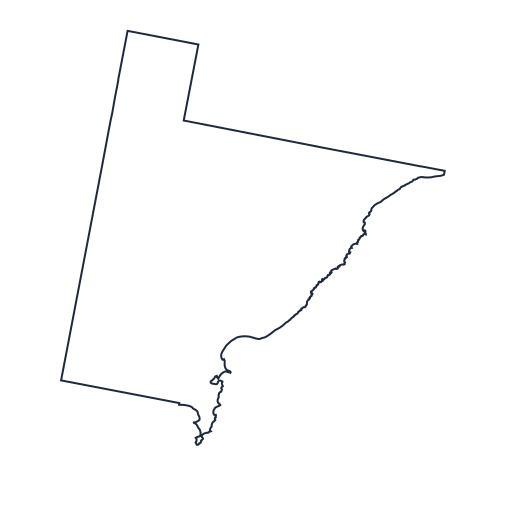 outline of Tumby Bay, South Australia, Australia, rotated 11°
{"feature_id": "25037944B80191544000233", "entity_name": "Tumby Bay", "entity_type": "district", "adm_level": 2, "iso_a3": "AUS", "parent_name": "Australia", "parent_adm1": "South Australia", "projection": "albers", "projection_center": [136.189, -34.197], "detail": "fine", "context": "isolated", "style": "outline", "palette": "slate", "viewbox_px": 512, "rotation_deg": 11, "n_neighbors": 0, "source": "geoboundaries", "source_scale": "gbopen_adm2", "svg_char_len": 6142}
<svg xmlns="http://www.w3.org/2000/svg" viewBox="0 0 512 512"><g transform="rotate(11 256 256)"><path d="M159.1,59.4L87.0,59.5L87.1,109.0L87.3,110.2L87.3,126.5L87.6,143.7L87.4,150.5L87.7,196.1L88.4,415.3L208.8,415.0L208.8,416.7L214.0,415.9L216.2,415.9L218.8,415.9L221.2,416.3L222.3,416.8L223.3,417.7L226.4,418.7L228.3,420.0L229.5,422.7L230.9,424.4L231.6,426.1L231.8,427.2L231.7,427.7L231.4,428.2L230.0,429.6L229.4,429.8L228.2,431.0L226.8,431.1L226.7,431.3L227.1,431.8L228.5,432.1L229.6,432.6L230.8,433.8L231.5,435.0L234.0,437.3L235.2,439.6L235.6,441.6L235.5,442.8L235.3,443.5L234.8,444.0L233.8,444.2L233.1,444.9L232.3,445.1L232.0,445.7L231.5,446.1L232.6,447.1L232.8,447.7L232.8,449.1L232.5,449.7L232.3,450.6L232.6,450.9L233.4,452.1L233.7,452.2L234.0,452.6L234.5,452.5L235.6,452.0L235.6,451.7L235.9,451.3L236.2,450.5L237.2,450.0L237.4,449.1L237.3,448.5L237.6,448.0L237.4,447.5L238.6,446.2L238.8,445.6L238.4,444.8L237.9,444.3L237.4,444.1L237.2,443.7L237.2,442.4L237.5,441.7L239.0,440.1L241.4,438.9L242.5,438.8L242.7,438.3L243.1,438.1L243.4,437.6L245.1,436.7L244.2,436.0L243.9,435.4L244.0,434.7L244.3,433.2L245.0,432.0L244.7,430.2L244.9,428.8L245.2,427.6L245.8,426.6L246.5,426.2L247.2,425.0L247.3,424.5L246.7,424.0L246.6,423.0L246.7,422.3L247.3,422.0L247.4,421.7L247.0,421.3L246.8,420.8L247.1,419.9L246.9,419.6L245.4,419.9L244.9,419.6L244.3,418.8L243.8,417.0L243.9,415.5L244.8,412.8L246.9,411.0L247.9,410.5L249.4,409.3L249.2,408.9L248.5,408.5L248.2,407.9L247.5,407.9L246.7,407.2L246.0,405.8L245.8,404.5L246.0,402.8L246.3,402.3L246.3,401.6L245.8,399.9L246.0,398.8L245.9,397.8L246.6,396.6L247.8,395.7L247.8,394.9L247.7,394.2L248.0,393.3L247.1,392.3L247.4,391.2L248.3,390.2L246.9,387.9L246.8,387.0L247.1,386.0L247.0,385.6L245.5,385.2L244.5,385.1L243.7,385.3L242.9,386.3L242.6,387.0L242.7,387.8L242.5,388.4L242.1,388.9L241.9,389.3L241.3,389.5L237.0,389.6L235.9,389.1L235.6,388.8L235.4,387.8L236.2,386.8L236.9,386.4L237.1,385.7L238.3,384.2L238.7,383.1L238.8,382.4L239.2,381.8L239.7,381.7L240.8,382.4L240.8,382.2L240.3,381.3L240.4,381.2L241.8,383.3L242.3,383.6L243.6,379.9L244.5,378.3L245.8,376.8L246.8,375.8L248.3,375.1L249.4,374.9L249.8,374.9L250.1,375.3L251.0,375.4L252.4,375.2L253.1,375.6L253.3,375.1L253.2,374.8L252.7,374.2L249.2,373.5L247.6,372.2L246.5,370.4L246.1,369.3L245.2,364.7L244.2,363.4L243.3,364.2L242.7,364.0L241.7,362.8L240.9,361.1L240.7,359.6L240.9,357.6L241.6,355.3L244.0,349.4L247.0,345.2L248.3,343.7L252.5,339.9L253.7,339.1L254.9,338.6L257.2,337.7L260.9,336.8L263.1,336.6L265.5,336.4L269.0,336.8L269.3,336.6L271.0,337.0L274.4,337.0L275.9,336.5L276.7,335.9L280.3,334.1L281.8,332.9L284.8,330.0L289.0,325.1L292.5,322.3L295.3,319.5L298.2,315.6L300.0,314.1L300.8,312.8L301.7,312.1L302.0,311.2L302.6,310.6L303.1,309.7L304.7,308.1L304.6,307.5L304.8,307.2L305.7,306.7L305.8,306.1L306.3,305.8L306.7,305.2L307.5,304.8L308.1,303.5L308.2,302.6L308.3,302.4L308.9,302.2L309.6,301.0L310.2,301.0L310.8,300.4L310.9,299.8L310.5,299.3L310.9,298.7L311.8,298.0L312.3,297.2L313.9,296.9L314.4,296.0L314.3,295.2L314.6,295.0L314.9,294.6L314.9,294.2L315.2,293.6L315.0,292.6L314.8,291.1L315.6,289.2L316.2,288.7L316.0,288.3L316.6,287.9L316.7,287.4L317.1,287.1L317.1,286.9L316.6,286.5L316.8,286.2L316.8,285.9L317.2,285.4L317.6,285.2L318.1,284.7L317.8,283.9L318.4,283.4L318.7,282.5L318.5,282.1L318.2,281.9L318.0,282.1L317.3,282.0L316.9,281.5L316.7,280.5L317.2,280.2L317.1,281.2L317.4,281.7L317.3,280.7L317.7,279.4L319.1,277.8L318.9,276.8L319.5,276.0L319.9,276.1L320.3,275.6L320.8,275.3L320.8,274.7L321.2,274.2L321.1,273.0L321.9,272.7L322.1,272.3L322.4,272.1L322.3,271.4L322.7,270.6L322.4,270.1L322.6,269.4L323.4,269.0L323.8,269.1L324.3,269.4L324.7,269.3L325.3,268.3L325.9,268.0L326.2,267.6L325.9,267.2L325.6,267.3L325.3,266.9L325.3,266.4L325.5,266.0L325.9,265.8L326.8,266.2L327.2,266.1L327.6,265.6L327.6,265.1L327.9,264.8L328.0,264.4L328.3,264.1L329.2,263.9L329.9,263.2L330.0,261.6L330.5,261.4L330.5,260.8L331.3,260.7L332.0,260.1L332.0,259.7L331.7,258.7L331.8,258.3L332.3,258.2L332.8,258.7L333.0,258.5L333.0,257.9L333.3,257.7L333.1,257.2L332.6,257.1L332.4,256.7L333.1,255.4L335.7,253.6L336.5,253.4L336.8,253.0L337.4,253.3L337.8,253.2L338.1,252.9L338.6,252.7L338.8,252.3L338.4,251.8L338.3,251.2L338.7,250.4L339.3,250.2L339.7,250.4L340.0,250.4L340.1,250.2L339.8,249.5L340.5,248.8L342.1,247.9L343.0,247.9L343.5,247.5L344.0,247.6L344.4,247.2L344.1,246.9L344.5,246.2L344.7,245.5L344.5,245.3L344.3,245.4L344.1,245.0L343.6,244.7L343.7,243.7L343.5,243.4L343.8,242.2L343.5,241.7L343.8,241.1L344.7,240.7L344.8,240.0L345.4,239.8L345.3,239.4L344.9,239.6L344.6,239.4L344.6,238.8L344.9,238.0L344.8,237.2L346.4,235.9L347.4,235.8L347.7,234.6L347.1,234.7L346.7,234.5L346.4,234.0L346.4,233.5L346.7,232.8L346.4,231.9L346.7,231.2L347.8,229.9L348.5,229.7L348.1,229.1L347.7,228.9L347.7,228.2L349.2,226.2L350.0,225.6L351.6,224.8L352.4,224.9L353.1,224.8L353.0,224.5L352.6,224.1L352.6,223.7L353.0,222.8L353.4,222.7L353.2,221.8L353.4,221.3L353.2,220.9L354.2,220.1L354.1,218.9L354.6,218.6L354.7,218.2L354.6,217.8L355.4,216.9L355.4,216.4L355.8,216.1L356.4,216.2L356.8,216.0L357.2,215.2L357.2,214.4L357.7,214.2L358.3,213.6L359.6,213.9L359.4,212.8L358.5,212.6L358.3,212.3L358.3,211.6L358.7,210.6L358.4,210.2L358.2,210.2L358.4,210.4L358.3,210.6L357.1,211.1L356.3,210.5L355.5,209.2L355.5,207.2L356.1,205.4L356.7,204.4L356.6,203.9L356.7,203.7L356.7,203.3L356.3,202.3L355.3,202.3L355.1,201.8L354.9,200.7L355.4,199.2L356.4,197.9L356.8,196.8L359.3,194.5L359.5,193.2L358.8,192.8L358.8,192.2L359.0,192.0L358.9,191.6L360.2,190.3L360.5,189.4L360.5,188.6L360.3,188.2L360.5,187.0L361.8,185.1L362.6,183.6L365.2,181.1L368.0,179.2L370.1,176.5L371.1,175.4L375.0,172.1L376.0,170.8L379.4,167.8L379.6,167.4L380.3,166.8L380.7,166.1L381.8,165.3L382.8,163.9L384.3,162.8L384.6,162.2L384.7,161.6L385.3,160.6L386.2,160.0L386.7,159.5L388.6,158.4L388.8,157.8L390.1,157.0L391.0,156.2L392.1,155.6L393.3,154.2L394.8,153.3L395.4,152.7L395.7,151.7L396.1,151.0L397.7,150.6L399.5,149.3L400.0,148.4L402.5,147.2L403.9,146.8L407.1,146.6L410.3,146.0L413.0,145.3L415.6,144.1L422.1,142.0L425.0,140.4L425.0,136.4L401.0,136.5L400.6,136.6L305.1,136.9L159.2,136.8L159.1,59.4Z" fill="none" stroke="#1e293b" stroke-width="2"/></g></svg>